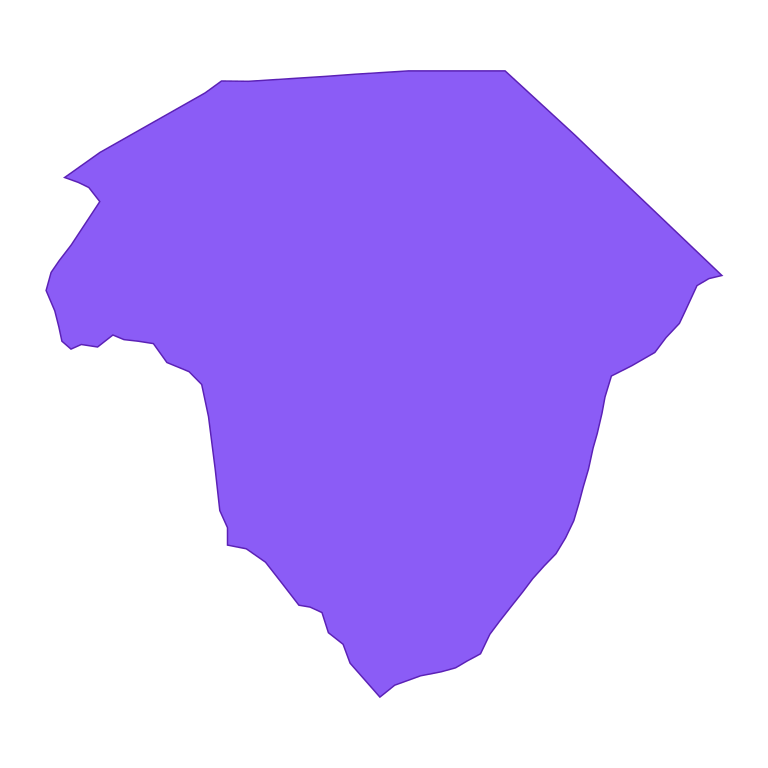 Sombrio, Santa Catarina, Brazil (Equal Earth projection)
{"feature_id": "56859067B58292211876940", "entity_name": "Sombrio", "entity_type": "district", "adm_level": 2, "iso_a3": "BRA", "parent_name": "Brazil", "parent_adm1": "Santa Catarina", "projection": "equal_earth", "projection_center": [-49.662, -29.081], "detail": "fine", "context": "isolated", "style": "filled", "palette": "violet", "viewbox_px": 768, "rotation_deg": 0, "n_neighbors": 0, "source": "geoboundaries", "source_scale": "gbopen_adm2", "svg_char_len": 1057}
<svg xmlns="http://www.w3.org/2000/svg" viewBox="0 0 768 768"><path d="M505.1,70.9L471.6,70.9L408.3,70.9L355.4,74.2L325.4,76.4L248.5,81.3L221.5,81.0L205.1,92.9L100.0,152.4L64.6,177.5L78.3,182.4L88.8,187.5L99.8,201.6L71.2,245.0L59.3,260.5L51.1,272.4L46.1,290.5L54.8,310.9L58.9,327.1L61.9,341.2L71.0,349.1L81.3,344.5L97.6,347.0L112.9,335.0L123.9,339.6L138.1,341.2L153.4,343.6L166.9,362.5L189.1,371.7L201.7,384.5L208.5,416.6L215.2,469.1L219.8,510.6L227.5,527.7L227.5,545.1L246.3,548.8L265.5,562.2L282.0,583.3L298.9,605.2L310.1,607.1L322.0,612.6L328.4,632.7L343.1,644.3L350.1,663.2L379.9,697.1L394.7,685.2L420.6,675.8L441.2,671.8L455.6,667.8L467.5,660.8L480.5,653.8L489.9,634.2L499.7,621.1L511.4,606.2L522.6,592.1L532.7,578.7L543.9,566.2L556.0,553.7L565.6,537.8L573.8,520.7L579.1,502.7L583.2,487.1L588.5,469.1L593.1,448.0L597.2,433.7L602.0,413.2L605.0,397.0L611.4,376.0L632.0,365.6L654.9,352.4L666.1,337.5L679.4,323.4L685.3,310.9L697.0,285.6L708.9,278.6L721.9,275.5L606.6,165.6L575.1,135.3L505.1,70.9Z" fill="#8b5cf6" stroke="#5b21b6" stroke-width="1.5"/></svg>